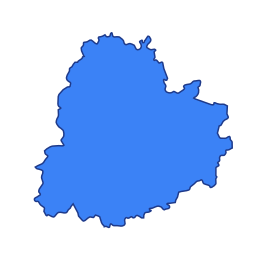 SVG path tracing the border of Tula, rotated 83°
{"feature_id": "RUS-2368", "entity_name": "Tula", "entity_type": "Region", "adm_level": 1, "iso_a3": "RUS", "parent_name": "Russia", "parent_adm1": "", "projection": "albers", "projection_center": [37.489, 53.9], "detail": "fine", "context": "isolated", "style": "filled", "palette": "blue", "viewbox_px": 256, "rotation_deg": 83, "n_neighbors": 0, "source": "natural_earth", "source_scale": "10m", "svg_char_len": 5764}
<svg xmlns="http://www.w3.org/2000/svg" viewBox="0 0 256 256"><g transform="rotate(83 128 128)"><path d="M223.1,163.6L222.6,163.6L222.0,163.9L220.6,165.0L218.7,165.8L212.7,166.9L211.8,168.1L210.9,169.9L210.5,170.9L211.1,171.6L212.2,172.6L212.6,173.2L212.3,174.5L211.8,175.7L211.7,177.0L212.6,178.9L214.5,181.8L214.8,182.8L214.9,183.3L214.9,183.6L214.4,184.3L213.5,185.0L209.4,187.8L206.1,188.1L196.6,191.7L199.0,194.2L200.4,195.0L201.9,197.2L204.1,198.9L204.5,199.6L204.6,200.2L204.5,201.8L203.5,204.9L203.3,207.1L203.9,208.5L206.6,211.4L207.0,211.9L207.2,212.5L207.2,212.9L206.7,214.2L204.5,217.5L204.5,218.4L205.2,219.2L204.6,220.0L200.5,221.6L197.6,220.7L196.7,220.9L194.1,223.8L193.0,224.6L190.1,225.9L189.8,226.5L189.7,228.2L189.3,228.9L188.5,229.5L187.3,229.6L186.9,229.5L186.1,228.7L185.2,226.3L183.6,223.2L182.7,223.1L180.6,224.3L179.6,224.2L178.7,223.9L177.7,223.4L172.9,219.2L172.3,219.1L171.6,219.0L167.3,219.8L166.4,219.8L164.9,219.4L162.7,218.2L160.9,217.8L160.1,217.9L159.1,219.0L157.9,221.7L157.5,223.0L157.0,223.8L155.5,224.8L154.4,222.1L153.1,217.8L152.0,216.1L149.1,213.7L147.1,211.5L146.0,211.0L145.4,211.4L143.9,213.0L143.0,213.4L140.5,213.6L138.8,211.1L137.2,207.5L136.8,205.5L136.8,204.4L137.1,198.9L137.7,195.7L137.7,194.5L137.5,194.0L137.2,193.7L132.4,195.9L131.5,195.7L129.8,194.0L128.5,192.9L127.5,192.6L125.6,192.3L122.9,192.5L122.1,192.9L119.9,194.9L118.7,196.3L117.3,197.2L115.3,198.2L113.6,198.6L111.8,198.1L110.3,197.4L108.0,195.8L106.5,195.4L101.4,195.0L100.3,192.4L99.7,192.4L98.2,194.0L97.1,194.5L95.5,194.6L88.3,193.4L86.6,192.6L86.2,192.3L82.1,187.7L80.0,183.3L79.9,182.5L80.0,181.2L79.8,180.7L79.4,180.4L76.8,179.5L76.0,179.6L75.5,180.0L74.3,181.5L72.9,182.6L71.9,182.9L70.8,183.0L69.4,182.5L68.0,181.8L64.4,179.2L62.0,178.8L61.3,178.1L60.4,176.2L58.1,174.5L56.3,172.6L56.6,170.0L55.7,169.4L55.0,168.2L53.6,165.5L52.9,164.8L52.2,164.6L51.8,164.2L51.6,162.8L50.8,163.2L45.7,164.7L43.4,164.7L42.9,164.7L42.3,164.2L41.0,162.7L40.2,162.1L38.3,161.8L37.8,161.6L37.6,161.2L37.6,159.2L37.4,157.8L36.2,155.2L36.2,153.9L37.2,152.7L39.9,150.2L40.6,149.1L40.7,148.5L40.6,148.1L37.7,146.2L36.9,146.1L35.2,146.5L34.8,146.4L34.3,146.1L34.1,145.7L34.1,144.4L33.8,142.2L32.7,139.5L34.6,138.4L35.0,137.5L34.9,135.6L34.6,134.9L34.3,134.6L32.5,133.9L32.0,133.6L31.5,132.8L31.6,132.5L31.8,132.3L34.5,132.0L35.3,131.6L35.8,130.9L36.0,130.4L36.1,128.2L36.3,126.7L36.7,125.4L39.2,122.9L40.7,121.9L43.3,121.5L44.6,120.7L45.0,119.9L45.0,119.2L44.4,116.6L44.5,115.5L45.4,113.6L46.7,111.7L50.4,110.4L51.0,109.9L51.5,109.0L51.4,107.4L50.8,106.2L50.6,105.9L48.9,104.9L47.7,104.8L46.2,105.0L44.3,105.9L43.6,105.9L43.4,105.7L42.6,103.8L42.6,103.4L42.9,103.2L44.1,103.3L45.0,103.1L45.2,102.5L45.1,101.7L44.6,101.3L43.5,101.0L43.0,100.3L39.4,97.2L39.5,96.3L40.0,95.7L42.3,94.7L43.3,94.6L44.3,94.9L44.9,95.3L45.9,96.3L47.4,98.3L48.4,99.0L49.5,99.5L50.1,99.5L50.5,99.4L52.4,97.1L52.8,96.4L53.1,95.5L53.1,94.7L53.0,92.3L53.2,91.8L53.7,91.2L54.1,91.0L54.4,91.2L55.4,92.6L56.1,92.8L60.6,92.6L61.3,92.7L62.8,93.9L63.5,94.1L63.8,93.9L64.1,93.6L64.0,92.8L63.8,92.1L64.0,91.7L64.5,91.1L66.8,89.6L67.3,89.2L67.2,88.4L66.9,87.4L66.7,86.6L66.9,86.0L67.5,85.6L73.4,85.2L83.5,82.7L85.2,83.7L85.3,84.6L84.3,85.9L84.2,86.5L84.7,86.9L87.4,86.7L89.9,85.5L91.1,85.3L93.7,86.4L94.7,86.5L95.8,86.1L96.9,85.4L97.8,83.8L98.2,82.5L98.3,81.5L98.1,80.1L97.5,78.7L97.3,78.1L97.6,77.4L99.1,75.3L99.5,74.3L99.4,73.3L98.9,72.4L97.0,68.6L96.2,67.5L95.6,67.1L95.2,67.1L93.9,67.7L93.5,67.7L93.1,67.5L92.3,66.4L92.0,64.4L91.9,61.6L91.7,60.5L91.0,59.3L89.8,57.8L89.4,56.7L89.5,54.9L89.4,52.3L89.6,51.0L90.1,50.5L91.2,50.3L94.6,51.4L95.1,51.9L95.8,53.2L96.3,53.6L98.8,53.2L101.5,53.7L103.0,54.5L104.4,55.8L105.4,57.3L105.7,58.4L106.3,59.1L107.4,57.7L114.9,42.7L115.3,41.3L115.2,40.2L113.4,39.4L113.6,38.5L114.6,36.8L115.5,34.4L115.8,32.9L115.9,31.2L116.2,29.7L118.2,26.7L126.0,28.1L129.0,27.2L130.0,27.3L130.8,28.2L131.9,31.1L133.1,32.8L136.5,35.3L136.8,35.9L137.0,37.2L144.0,39.9L148.3,38.4L149.4,37.5L150.1,32.6L149.9,31.5L148.9,29.5L148.8,28.3L149.2,28.0L150.0,27.8L151.7,27.9L152.4,27.6L153.9,26.6L154.7,26.4L160.6,27.0L160.9,28.0L161.8,30.1L162.0,31.5L161.9,33.0L162.1,33.5L162.8,33.8L164.3,33.7L165.2,34.2L166.1,34.9L166.8,35.9L166.8,36.7L166.6,38.2L166.6,39.0L167.0,39.8L167.7,40.3L168.7,40.8L171.1,40.9L171.9,41.3L173.2,43.1L173.6,43.3L174.7,42.6L175.8,42.3L176.2,42.4L176.5,42.6L177.7,45.2L178.3,45.6L186.0,46.6L187.4,45.8L188.9,46.9L189.3,47.1L193.6,47.5L194.2,47.7L195.7,49.4L197.0,52.0L197.1,52.6L197.1,53.3L196.6,53.8L195.5,54.0L195.0,54.5L194.4,55.5L193.4,57.8L192.5,59.5L191.6,60.1L189.4,60.6L188.5,61.2L188.4,61.8L189.0,63.2L189.2,65.8L189.7,66.8L191.4,69.0L193.8,72.9L194.3,73.4L196.3,74.3L196.7,74.7L197.0,75.5L197.3,77.4L197.5,83.0L197.9,85.5L202.6,87.3L205.3,89.3L207.7,90.2L207.8,95.3L207.6,97.5L207.8,98.3L208.2,98.6L208.5,98.5L209.6,96.9L210.5,96.4L211.2,96.3L212.0,96.5L212.7,97.3L212.9,98.1L213.1,100.4L213.6,102.0L213.2,102.7L212.4,103.4L210.9,104.3L210.3,104.9L209.3,107.0L209.2,108.6L209.7,110.8L210.5,113.5L210.5,116.0L210.6,116.5L212.0,116.6L212.4,115.5L212.6,115.2L212.9,115.2L213.3,115.6L213.9,117.3L214.0,118.2L214.0,120.3L214.1,121.0L214.3,121.4L214.7,121.9L216.4,122.9L219.1,123.4L218.9,125.3L218.4,126.1L217.4,127.1L216.7,128.1L215.9,129.5L215.9,130.0L216.0,130.5L216.5,131.2L217.5,132.1L217.8,132.9L217.8,133.7L217.6,134.1L217.4,134.5L216.5,135.1L216.5,135.5L216.6,136.2L217.3,137.5L217.5,138.5L217.5,139.1L216.8,140.2L216.8,140.7L217.0,141.3L217.9,142.1L218.4,142.4L219.0,142.6L222.6,142.6L223.6,143.2L224.1,144.0L224.5,145.4L224.5,146.8L223.6,150.6L223.2,153.9L222.8,154.8L221.4,156.1L221.1,156.8L221.2,157.1L221.6,157.4L224.1,158.4L224.3,158.8L224.3,159.4L223.0,161.6L222.9,162.2L223.1,163.6Z" fill="#3b82f6" stroke="#1e3a8a" stroke-width="1.5"/></g></svg>